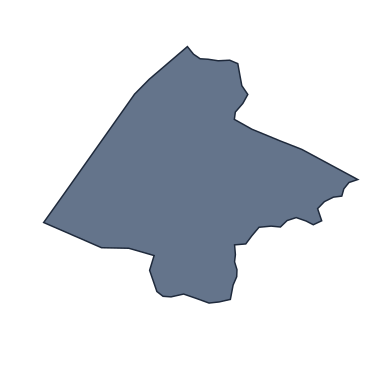 Juarez Távora, Paraíba, Brazil, rotated 316°
{"feature_id": "56859067B57466026178175", "entity_name": "Juarez Távora", "entity_type": "district", "adm_level": 2, "iso_a3": "BRA", "parent_name": "Brazil", "parent_adm1": "Paraíba", "projection": "natural_earth1", "projection_center": [-35.563, -7.162], "detail": "fine", "context": "isolated", "style": "filled", "palette": "slate", "viewbox_px": 384, "rotation_deg": 316, "n_neighbors": 0, "source": "geoboundaries", "source_scale": "gbopen_adm2", "svg_char_len": 844}
<svg xmlns="http://www.w3.org/2000/svg" viewBox="0 0 384 384"><g transform="rotate(316 192 192)"><path d="M64.1,110.9L88.2,169.2L107.4,188.5L120.6,211.4L107.1,218.9L97.6,239.2L98.7,246.9L104.1,252.9L115.1,259.6L120.9,271.0L127.1,283.7L135.1,289.9L145.0,295.9L156.9,287.5L165.3,284.0L170.4,279.1L174.1,271.8L179.7,267.2L185.9,259.6L194.6,266.7L204.4,265.1L215.7,263.9L225.2,271.5L231.3,278.6L240.6,278.6L249.2,282.8L253.9,292.1L256.5,299.8L265.3,302.8L270.8,291.2L280.6,290.9L290.1,293.9L296.9,299.0L303.4,295.2L311.5,294.2L319.9,298.2L300.6,237.7L290.7,216.0L278.7,188.5L272.9,169.2L278.7,164.6L290.1,163.6L299.9,160.6L301.7,150.1L307.6,141.2L314.1,131.5L310.7,123.4L302.0,115.8L295.8,107.7L290.4,101.8L288.8,93.9L289.7,84.2L239.7,81.2L218.7,81.7L204.1,84.5L99.0,104.4L64.1,110.9Z" fill="#64748b" stroke="#1e293b" stroke-width="1.5"/></g></svg>